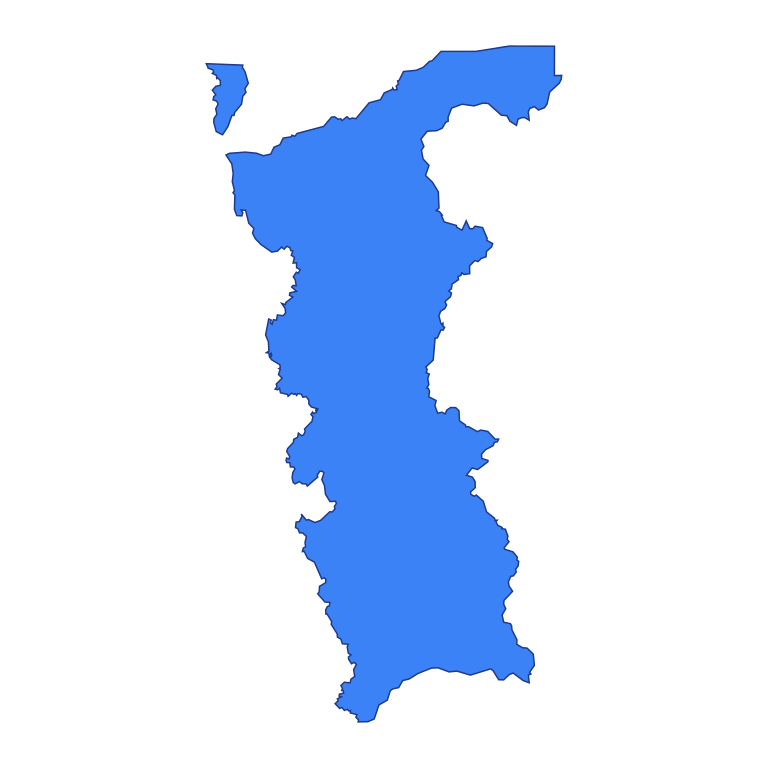 Kasena Nankana East, Upper East, Ghana (Albers equal-area conic projection)
{"feature_id": "2480657B68256913631937", "entity_name": "Kasena Nankana East", "entity_type": "district", "adm_level": 2, "iso_a3": "GHA", "parent_name": "Ghana", "parent_adm1": "Upper East", "projection": "albers", "projection_center": [-1.049, 10.75], "detail": "fine", "context": "isolated", "style": "filled", "palette": "blue", "viewbox_px": 768, "rotation_deg": 0, "n_neighbors": 0, "source": "geoboundaries", "source_scale": "gbopen_adm2", "svg_char_len": 6086}
<svg xmlns="http://www.w3.org/2000/svg" viewBox="0 0 768 768"><path d="M491.5,247.0L492.7,243.6L486.7,240.3L487.2,238.4L482.6,227.6L475.1,226.2L472.8,228.7L469.7,228.7L466.2,220.9L462.0,230.2L456.6,227.2L456.5,225.5L444.2,221.9L441.4,215.5L442.3,215.1L439.3,211.5L436.3,210.6L439.0,208.1L438.3,191.8L432.5,182.3L425.5,175.5L429.0,165.4L423.1,159.0L421.4,150.2L423.9,146.5L420.9,139.1L427.3,131.2L436.6,130.7L442.2,128.2L445.7,122.3L448.2,121.2L448.1,117.1L451.6,108.1L462.0,104.2L474.0,105.9L482.9,103.1L488.3,103.5L501.2,115.1L507.0,115.8L509.9,121.2L516.5,125.4L517.9,119.4L521.0,117.8L524.6,117.5L529.2,120.2L528.3,111.9L529.7,108.5L534.3,106.6L538.5,110.0L544.5,107.7L547.0,104.1L549.7,92.0L559.3,83.2L561.1,79.5L561.7,75.4L554.4,75.6L554.5,46.2L509.1,46.1L475.8,51.4L441.0,51.4L432.1,60.8L429.4,61.4L423.2,67.4L416.1,70.3L403.5,71.5L399.1,80.4L397.6,80.9L398.3,84.2L396.2,86.1L397.1,89.6L393.9,90.0L392.7,88.0L392.3,89.4L384.2,92.9L380.5,99.7L369.1,102.8L355.9,118.7L352.2,118.0L349.7,119.1L346.9,116.7L342.1,120.6L340.7,118.7L338.2,119.3L334.6,116.8L331.5,117.1L323.7,126.4L297.2,133.4L294.7,136.3L292.0,135.2L291.2,136.8L283.2,138.1L279.9,144.7L274.0,147.2L270.7,154.1L263.5,155.7L256.4,153.2L245.2,152.1L229.4,153.3L226.0,155.0L231.8,163.9L233.2,173.5L232.3,181.7L234.5,190.6L233.0,192.7L234.9,195.0L234.4,209.3L236.8,215.6L241.9,215.9L242.8,212.7L241.0,210.0L245.6,210.3L248.8,223.3L253.9,228.5L252.5,233.1L255.3,238.7L260.9,244.5L271.8,252.1L277.5,251.1L281.5,247.1L284.2,249.2L286.7,246.3L289.9,247.6L290.7,250.5L292.8,251.0L291.3,255.2L294.4,257.4L293.1,263.1L296.5,262.8L296.6,267.7L300.1,269.7L298.3,273.2L296.3,272.2L293.3,276.9L295.2,279.6L296.2,285.7L293.1,285.4L291.6,287.0L296.6,291.3L289.9,292.8L289.5,295.3L292.8,297.1L285.9,302.4L285.3,304.6L281.7,303.4L285.1,308.4L285.6,312.8L283.2,315.7L277.4,315.0L276.5,320.2L273.4,319.7L272.1,324.3L270.5,323.0L271.2,320.1L268.7,319.0L265.6,335.0L268.4,341.7L268.9,351.1L266.4,352.7L268.8,353.1L269.4,356.3L271.1,353.4L271.8,355.6L270.2,357.6L271.5,359.7L279.8,364.7L280.3,367.7L278.9,368.5L280.2,369.3L278.5,374.6L282.1,378.1L276.2,384.2L277.1,386.7L275.2,389.1L277.5,389.8L279.5,388.3L280.5,392.8L287.6,394.4L288.1,396.3L291.7,393.2L293.9,394.4L295.3,393.6L296.6,395.4L297.8,393.6L301.1,394.0L302.9,397.2L306.3,396.6L308.8,400.3L308.9,404.1L311.4,407.0L317.9,408.9L317.5,410.3L316.3,409.3L315.7,410.4L316.5,412.3L313.4,413.5L312.6,412.1L310.9,414.5L312.9,416.6L312.0,421.2L304.5,429.0L305.2,431.5L303.5,435.0L301.6,435.7L298.4,433.1L297.6,437.3L293.7,439.3L293.4,442.4L287.5,448.7L286.8,451.6L289.7,456.5L289.1,458.9L286.6,458.1L286.1,460.3L286.8,462.5L289.9,462.7L290.4,467.0L293.7,467.0L295.0,468.9L292.8,472.4L292.1,477.7L293.2,482.4L295.0,483.9L299.4,481.6L302.3,483.8L306.1,483.9L307.3,486.1L317.8,477.0L317.2,475.2L319.8,471.2L322.5,471.4L323.9,473.0L321.8,479.6L324.4,485.3L325.5,494.3L330.0,501.6L335.5,501.3L336.4,503.3L334.4,506.4L334.9,509.0L332.3,511.9L329.7,511.8L320.6,520.4L314.9,522.5L308.5,519.6L306.3,520.1L301.3,514.1L302.0,516.3L299.4,521.5L296.1,522.1L295.5,527.6L297.9,528.7L299.5,532.9L302.5,532.8L306.4,536.4L305.0,542.4L305.6,546.8L303.3,548.0L302.4,551.6L304.2,551.4L307.7,558.5L314.4,562.1L321.7,578.8L324.0,577.8L325.9,579.2L325.6,582.7L319.5,586.3L319.2,591.9L317.7,593.8L324.9,602.0L329.9,602.4L329.2,606.0L327.4,606.5L325.7,609.8L325.9,614.1L327.1,614.0L331.7,621.7L331.2,624.3L337.2,633.9L337.4,637.1L340.9,639.1L342.4,643.8L348.2,644.2L347.2,646.9L348.3,653.2L351.0,654.9L348.4,657.1L348.7,659.4L351.5,663.8L354.1,662.4L356.4,664.4L353.6,669.6L354.7,676.4L350.9,679.3L350.1,682.9L344.4,682.2L340.9,685.5L342.5,688.4L341.7,690.5L343.2,690.6L343.7,693.1L339.3,694.2L339.2,696.4L341.2,696.9L337.3,698.9L338.3,700.7L335.1,703.6L339.6,708.4L341.9,707.5L344.4,710.4L347.1,709.4L349.0,711.0L350.5,710.5L350.3,712.9L356.8,714.6L355.9,717.3L358.6,720.0L358.1,721.9L367.9,721.7L374.2,719.0L378.9,705.0L387.3,700.1L390.2,690.9L392.6,688.9L398.7,687.6L402.7,680.6L409.3,678.9L418.1,673.4L431.4,668.1L438.1,667.8L449.1,671.9L456.9,671.1L470.4,675.1L490.5,668.9L493.0,670.5L498.7,679.7L503.6,679.9L509.3,674.6L513.1,673.0L523.1,680.5L529.2,682.8L528.4,675.1L530.9,674.0L529.6,672.3L534.4,665.4L533.3,654.2L527.1,648.1L522.4,647.7L516.8,644.3L516.9,639.7L512.0,630.0L511.6,625.8L510.4,623.7L503.7,622.2L502.1,615.0L505.7,608.7L503.7,604.1L504.0,600.4L512.6,591.3L509.1,586.2L508.4,581.8L510.8,576.3L513.3,575.9L516.2,572.1L515.6,569.3L518.1,566.0L518.7,561.4L516.9,560.0L517.3,557.2L513.0,551.9L504.6,549.2L504.2,547.8L509.0,541.7L507.1,539.3L507.9,536.2L505.4,529.2L501.9,528.7L502.1,527.4L497.7,525.3L496.0,521.7L497.2,520.2L495.0,520.3L494.6,518.3L486.5,511.8L483.3,501.3L476.4,495.1L474.1,496.2L470.8,494.3L470.6,491.9L475.3,487.6L475.1,481.5L472.4,477.1L466.5,475.3L472.0,468.0L477.7,469.5L487.9,461.8L488.0,460.4L481.8,458.5L481.5,454.3L485.5,449.7L493.1,445.7L494.5,442.3L497.4,441.8L498.6,439.1L495.2,439.2L487.7,431.4L480.8,430.1L477.3,431.6L468.8,426.8L465.8,426.7L465.6,425.1L459.5,420.8L459.0,410.8L455.7,407.6L450.6,407.5L446.8,410.1L445.2,413.9L441.9,412.2L437.7,413.2L434.9,405.7L436.1,400.5L428.8,396.8L429.5,391.2L428.4,388.5L426.7,388.1L428.8,384.7L427.8,378.4L429.3,374.0L426.2,372.7L427.2,369.6L425.9,366.9L433.2,360.1L435.1,338.2L437.4,337.9L440.9,330.0L443.2,330.1L444.6,327.2L443.1,326.5L442.9,323.2L441.6,324.4L440.7,322.8L438.9,315.8L440.6,311.3L444.9,308.5L446.6,305.1L445.0,301.6L450.4,296.8L451.5,293.1L448.7,291.0L451.4,288.8L452.1,284.0L458.5,279.7L458.0,276.6L460.9,275.4L461.8,272.8L463.9,274.5L469.7,273.7L469.6,265.8L474.9,260.5L478.0,261.6L481.3,258.4L486.0,256.8L486.5,251.4L491.5,247.0ZM242.8,65.1L206.3,63.7L208.2,68.2L212.9,69.8L213.6,72.2L212.3,73.4L216.5,75.4L216.7,78.5L217.7,77.9L220.3,80.6L220.4,85.3L215.8,86.3L212.3,90.1L215.8,94.8L213.7,96.7L213.1,99.9L216.8,101.2L218.1,104.1L215.7,108.8L216.9,114.2L214.0,118.5L213.7,122.2L216.2,131.5L221.6,134.4L222.6,134.7L228.0,126.4L231.9,115.4L234.0,115.4L234.6,112.6L241.5,104.2L242.8,96.3L246.0,92.3L244.8,88.9L248.3,83.3L245.2,72.2L242.3,67.1L242.8,65.1Z" fill="#3b82f6" stroke="#1e3a8a" stroke-width="1.5"/></svg>